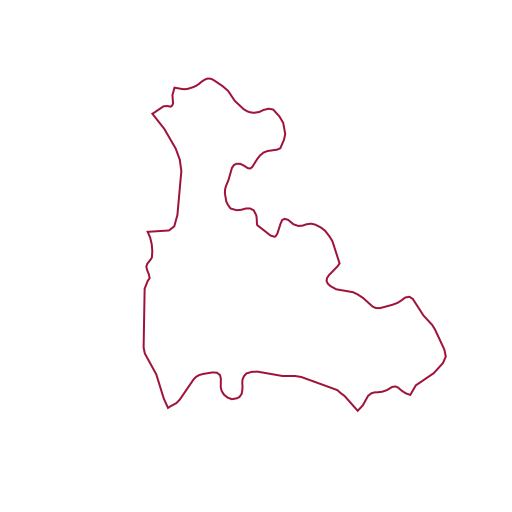 the Province of Béjaïa, rotated 248°
{"feature_id": "DZA-2208", "entity_name": "Béjaïa", "entity_type": "Province", "adm_level": 1, "iso_a3": "DZA", "parent_name": "Algeria", "parent_adm1": "", "projection": "natural_earth1", "projection_center": [4.914, 36.56], "detail": "fine", "context": "isolated", "style": "outline", "palette": "rose", "viewbox_px": 512, "rotation_deg": 248, "n_neighbors": 0, "source": "natural_earth", "source_scale": "10m", "svg_char_len": 2449}
<svg xmlns="http://www.w3.org/2000/svg" viewBox="0 0 512 512"><g transform="rotate(248 256 256)"><path d="M148.1,117.5L158.6,117.1L183.6,119.2L207.2,116.4L213.2,117.5L267.4,140.5L273.5,146.3L275.3,149.1L279.3,149.8L283.9,149.8L287.2,150.3L289.6,152.4L292.5,157.5L293.8,159.0L299.4,161.7L305.9,163.7L312.8,164.8L319.0,164.6L312.3,184.8L314.1,191.3L323.5,198.5L362.7,218.6L373.8,221.4L385.5,221.8L408.2,218.6L426.7,213.2L427.1,215.5L429.4,226.1L429.0,227.9L428.0,230.5L426.5,232.5L426.7,234.3L428.4,236.2L436.5,238.8L442.6,243.5L438.1,250.7L437.1,253.1L436.5,255.7L436.1,261.2L436.2,264.1L436.9,267.5L438.0,270.9L438.7,274.4L438.7,277.3L437.7,279.8L436.8,281.0L435.0,282.6L426.1,288.6L419.8,291.9L407.6,294.5L396.7,299.6L393.5,302.0L391.5,304.3L389.5,307.8L388.3,313.1L388.6,317.7L387.8,323.0L385.3,326.8L376.6,330.0L369.3,331.1L358.2,328.8L353.3,325.5L346.8,318.9L346.7,315.4L349.0,306.1L349.1,301.8L347.7,297.3L345.2,293.1L339.8,285.7L339.3,283.4L340.2,281.8L340.9,281.0L344.4,278.6L347.4,275.8L348.8,272.5L348.6,269.6L346.7,266.7L336.7,258.9L331.8,254.1L329.2,252.2L325.9,250.7L318.0,248.9L314.1,249.1L309.6,250.2L305.7,255.2L304.4,259.5L303.8,264.6L302.3,268.3L299.2,271.0L293.6,271.5L289.8,270.5L286.9,269.4L285.1,268.9L284.2,268.7L269.6,277.1L267.4,279.7L266.9,280.6L266.9,281.5L267.6,282.6L269.1,284.5L276.9,291.0L279.6,293.8L279.7,296.5L277.5,299.3L271.4,302.6L268.0,306.5L266.7,310.6L266.5,314.7L265.4,319.0L263.0,322.6L258.3,326.7L253.6,329.5L246.4,331.5L241.0,332.4L217.8,330.7L216.4,328.6L215.8,327.5L210.8,316.2L208.8,313.5L206.5,312.1L203.5,312.2L200.1,313.8L195.1,317.9L186.1,332.4L182.0,336.1L176.7,339.7L165.4,345.2L162.7,347.8L161.2,351.7L159.7,363.8L159.5,369.6L160.4,374.3L161.6,378.9L160.7,383.0L157.4,385.3L138.0,389.0L126.2,393.5L121.1,394.4L98.7,395.6L91.7,394.3L86.7,389.2L80.8,377.0L76.2,355.7L69.4,347.0L72.5,343.5L76.7,340.5L80.9,338.4L82.8,336.4L83.6,333.2L82.6,327.1L82.9,322.0L84.0,317.9L85.1,315.0L85.5,311.6L84.4,307.6L77.5,299.1L74.4,292.3L93.0,285.7L97.6,282.9L100.8,281.4L102.0,280.3L126.9,252.6L130.1,247.3L134.7,235.8L148.2,214.1L150.2,208.6L150.7,203.1L149.0,199.7L146.6,197.3L143.7,195.8L140.3,194.7L136.8,193.1L133.6,191.1L131.5,187.9L131.2,185.1L132.3,179.9L135.4,176.6L139.3,174.4L143.7,173.6L147.4,174.1L155.5,177.5L159.1,178.0L162.4,176.1L164.3,172.2L166.4,163.0L166.9,158.8L166.4,155.2L165.1,152.1L151.4,131.5L149.4,127.0L148.7,120.4L148.1,117.5Z" fill="none" stroke="#9f1239" stroke-width="2"/></g></svg>